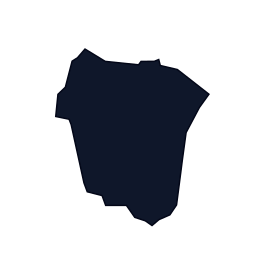 Mongmong-Toto-Maite, Guam (Robinson projection), rotated 35°
{"feature_id": "77769853B46824849398692", "entity_name": "Mongmong-Toto-Maite", "entity_type": "district", "adm_level": 2, "iso_a3": "GUM", "parent_name": "Guam", "parent_adm1": "", "projection": "robinson", "projection_center": [144.772, 13.471], "detail": "fine", "context": "isolated", "style": "filled", "palette": "ink", "viewbox_px": 256, "rotation_deg": 35, "n_neighbors": 0, "source": "geoboundaries", "source_scale": "gbopen_adm2", "svg_char_len": 554}
<svg xmlns="http://www.w3.org/2000/svg" viewBox="0 0 256 256"><g transform="rotate(35 128 128)"><path d="M174.9,53.9L134.9,51.8L118.6,58.3L113.9,54.3L111.3,58.3L104.0,63.5L100.5,66.0L100.4,70.2L71.1,86.5L47.5,88.0L46.3,99.7L45.9,100.5L43.9,105.3L53.3,130.5L51.3,140.6L62.2,160.0L74.7,154.6L79.5,157.8L123.4,198.2L131.2,203.6L145.5,198.2L154.1,204.2L171.1,192.3L184.8,197.3L195.4,194.1L203.6,194.1L205.9,185.3L212.1,175.1L211.9,163.2L196.9,134.5L190.9,123.1L178.2,98.4L174.7,70.2L174.9,53.9Z" fill="#0f172a" stroke="#020617" stroke-width="1.5"/></g></svg>